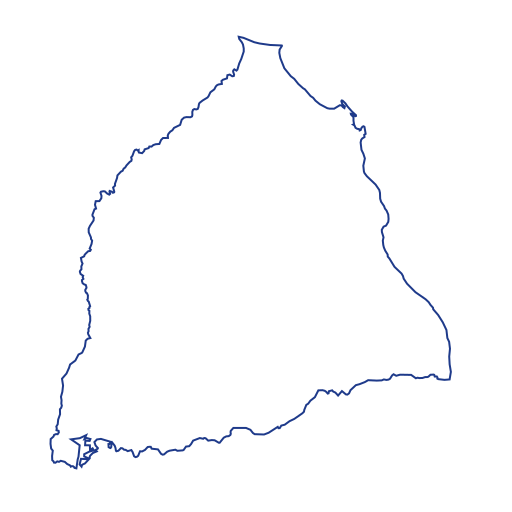 Ampanihy Ouest, Atsimo-Andrefana, Madagascar, rotated 182°
{"feature_id": "10022922B9355726550011", "entity_name": "Ampanihy Ouest", "entity_type": "district", "adm_level": 2, "iso_a3": "MDG", "parent_name": "Madagascar", "parent_adm1": "Atsimo-Andrefana", "projection": "natural_earth1", "projection_center": [44.601, -24.59], "detail": "fine", "context": "isolated", "style": "outline", "palette": "blue", "viewbox_px": 512, "rotation_deg": 182, "n_neighbors": 0, "source": "geoboundaries", "source_scale": "gbopen_adm2", "svg_char_len": 5970}
<svg xmlns="http://www.w3.org/2000/svg" viewBox="0 0 512 512"><g transform="rotate(182 256 256)"><path d="M148.1,131.5L142.8,133.8L139.6,135.8L130.9,135.7L126.0,136.1L123.9,137.1L121.3,136.7L119.2,137.1L117.8,138.0L115.8,141.4L114.4,142.6L111.7,141.2L107.9,142.4L96.8,142.6L92.0,139.4L90.3,140.0L88.6,139.7L85.4,139.9L82.7,140.9L80.6,141.0L79.5,141.4L77.5,143.4L74.3,143.7L73.7,143.4L73.2,141.8L71.1,141.9L70.4,140.9L70.5,139.8L69.5,139.3L63.3,138.8L58.2,139.4L57.2,147.0L58.7,154.5L59.4,162.3L58.9,170.1L60.0,177.0L61.9,180.7L63.1,188.7L67.0,196.2L71.9,203.4L77.0,208.9L77.3,210.5L79.9,213.2L81.8,215.9L85.0,218.7L95.4,225.4L104.1,233.6L107.6,238.5L108.4,241.1L109.9,243.5L117.2,250.0L122.7,258.3L124.3,260.0L124.5,262.1L127.0,265.8L128.5,269.0L129.2,271.5L129.8,275.8L129.2,279.1L131.0,284.3L131.2,286.6L129.5,289.8L127.1,290.9L125.0,294.7L124.8,297.7L125.3,302.1L127.1,305.9L128.8,307.9L129.8,310.4L132.9,314.6L133.9,317.6L134.3,323.4L135.1,326.3L139.0,331.6L148.0,339.6L150.5,342.7L151.1,344.2L151.9,350.0L150.6,357.3L152.3,362.0L154.3,365.8L155.4,373.1L154.9,375.8L154.0,377.1L151.7,378.7L152.1,380.9L150.7,381.9L152.1,388.8L153.0,389.4L154.0,389.0L155.1,387.6L155.8,385.5L156.8,385.1L157.1,386.2L157.6,386.5L159.2,386.6L161.0,387.6L162.1,389.9L163.5,390.7L162.6,391.1L163.3,394.6L163.4,398.1L166.0,400.7L166.2,401.5L165.2,401.4L161.5,399.2L161.0,399.4L161.0,400.2L165.0,403.6L169.9,408.8L171.9,411.6L174.9,414.3L175.8,414.4L176.1,413.7L175.0,410.8L172.4,408.5L172.8,406.9L174.3,407.8L175.7,409.4L177.5,409.6L183.0,406.0L187.5,405.8L189.9,406.2L197.5,409.9L202.0,413.3L204.4,416.1L207.1,417.8L213.0,424.3L214.8,425.3L219.7,429.4L224.0,434.4L227.5,436.9L234.2,444.6L238.6,454.6L239.8,459.8L239.6,463.1L237.4,466.9L237.6,467.3L249.4,467.4L259.8,468.5L265.2,469.6L276.1,473.6L280.9,474.5L280.3,472.3L277.6,469.1L276.4,466.9L275.5,463.0L275.4,459.9L277.6,452.4L279.5,447.8L281.1,441.6L282.0,440.6L284.2,441.8L285.2,440.6L285.3,439.4L284.2,436.5L284.5,435.1L286.0,434.8L288.6,436.4L290.9,435.7L291.2,432.5L295.2,431.0L296.6,429.7L296.1,426.8L299.5,426.1L301.1,425.2L302.1,424.0L303.5,421.1L307.3,418.0L309.0,414.1L310.0,412.7L314.7,409.6L317.7,407.1L318.3,405.9L318.7,402.7L319.4,400.9L320.8,400.4L322.8,400.7L324.1,399.8L324.7,397.8L324.5,394.7L324.8,393.3L326.3,392.4L330.3,392.4L332.7,391.8L335.0,389.6L336.4,384.4L342.4,381.2L344.0,378.7L346.0,377.3L347.7,375.2L348.4,373.4L348.1,370.9L353.0,370.7L354.9,368.7L356.5,364.6L360.1,364.2L362.5,363.3L364.2,361.7L366.4,361.7L367.1,360.1L371.0,358.7L371.4,357.1L373.4,354.8L376.6,355.3L377.0,356.2L377.0,357.8L377.8,357.3L379.1,358.2L380.5,357.8L381.5,356.4L383.0,351.8L384.2,350.3L383.6,348.2L383.9,346.7L385.5,345.6L388.6,342.0L389.8,339.9L391.3,338.7L392.3,336.5L393.9,335.6L397.3,331.7L397.6,329.1L399.5,323.1L399.3,321.4L401.2,319.5L399.9,315.4L400.0,314.7L401.2,314.2L402.2,315.2L404.5,315.9L404.7,315.0L403.9,313.1L404.8,312.2L406.9,313.2L409.3,315.3L410.9,315.4L413.2,314.8L413.7,313.9L412.5,310.7L412.6,308.3L414.4,305.4L418.1,305.2L418.7,301.6L417.5,297.8L419.0,297.1L420.9,291.6L420.8,290.4L419.4,288.6L419.6,285.8L423.0,280.3L424.2,277.4L424.0,273.8L421.6,268.8L421.5,267.3L420.3,265.6L420.8,262.2L422.5,257.6L421.3,256.5L421.9,255.3L423.9,254.9L426.6,252.1L427.5,250.8L427.7,249.7L430.9,248.0L430.1,244.4L429.1,242.4L430.2,239.5L430.0,236.6L431.2,235.2L431.5,234.1L430.7,231.9L428.0,230.2L428.5,228.9L427.7,227.1L429.1,225.9L429.1,224.9L428.3,222.7L426.5,221.5L425.2,221.2L424.6,219.8L424.3,218.3L425.4,216.3L425.4,215.1L424.6,213.4L423.6,212.9L422.6,210.7L422.6,207.2L423.1,206.5L422.5,205.3L421.6,204.6L420.0,200.0L420.7,199.2L420.6,198.3L421.7,197.4L421.5,196.1L420.6,195.4L420.6,192.6L419.6,190.0L419.4,185.4L420.3,181.2L419.8,179.4L420.9,177.3L420.7,175.0L421.3,173.4L420.9,171.9L418.7,168.2L421.4,167.4L423.2,165.5L423.8,159.5L426.2,153.7L426.8,153.0L429.9,151.4L432.9,145.2L438.0,141.1L438.9,137.8L441.3,131.9L445.6,126.6L444.3,119.8L444.8,113.5L446.0,108.5L445.3,105.1L445.4,101.7L444.8,99.6L445.4,97.5L446.6,96.0L446.3,91.0L448.0,85.6L448.3,80.9L449.6,78.6L449.1,76.9L449.3,74.9L447.2,74.4L446.9,72.8L448.0,71.0L449.7,71.0L451.5,70.2L452.1,68.5L454.8,65.9L454.8,61.1L454.0,56.4L452.3,54.4L452.8,49.0L452.5,44.8L451.1,43.6L450.7,42.5L449.2,42.4L447.5,43.8L445.7,43.4L444.0,44.5L439.9,43.6L437.4,41.5L434.6,40.3L433.7,39.0L433.0,39.5L431.5,39.5L430.3,38.6L430.0,37.9L428.1,37.5L427.1,46.5L426.4,49.2L425.6,60.7L434.4,66.3L425.7,67.8L419.5,71.0L421.0,67.2L418.9,68.2L415.1,67.3L415.8,65.4L420.1,65.5L420.2,60.9L415.4,61.0L415.1,56.2L412.6,58.1L411.3,56.1L415.7,54.7L420.8,51.9L420.7,49.7L416.7,48.1L416.4,47.5L416.9,47.0L423.8,47.2L425.0,41.5L423.0,39.4L422.5,41.3L419.7,42.7L415.1,48.0L415.2,49.6L414.8,50.6L412.2,53.4L408.3,55.2L409.6,56.5L407.4,58.0L407.3,58.5L409.7,61.0L411.0,64.4L408.6,67.1L404.6,67.8L395.0,65.3L395.9,63.0L396.9,62.9L396.6,59.8L395.3,59.1L394.7,59.0L394.0,60.1L393.9,62.7L393.2,64.6L390.6,61.5L389.7,59.2L389.2,56.5L388.7,56.0L386.7,56.6L384.3,59.3L382.7,59.1L381.1,57.8L379.5,57.7L377.4,56.5L373.8,57.7L372.5,55.8L370.8,51.6L369.4,50.8L368.0,51.2L366.8,52.2L365.1,56.8L363.0,56.7L360.2,58.3L357.6,61.3L355.8,61.6L354.5,61.6L353.6,59.8L347.2,59.3L344.0,55.0L342.4,54.2L341.0,54.5L338.0,57.3L335.6,58.4L329.8,59.6L327.8,58.6L322.4,59.2L321.5,59.7L319.3,63.1L316.1,63.6L314.3,65.8L312.4,69.3L305.8,72.1L302.4,71.5L301.4,72.3L300.0,72.1L297.3,69.8L293.8,70.5L290.9,70.4L286.7,68.1L285.8,68.1L281.9,73.3L279.4,74.7L277.0,75.0L275.4,76.2L275.0,77.4L275.3,79.2L275.1,80.4L272.6,83.4L259.9,83.8L255.5,82.1L252.9,79.0L251.1,77.9L241.7,77.9L237.2,79.8L228.3,86.0L227.5,84.7L226.3,84.8L224.8,87.4L221.4,88.4L216.7,92.1L212.1,94.5L204.2,100.4L202.6,102.1L202.4,103.8L200.5,109.0L198.7,110.2L196.6,113.3L192.2,117.0L189.0,123.9L184.8,124.2L182.6,123.7L181.1,122.7L179.5,121.0L178.7,121.3L178.4,123.4L175.2,124.4L174.1,123.2L171.9,122.3L169.1,119.4L165.4,124.0L161.3,120.8L159.8,120.7L158.2,122.0L156.9,125.2L151.7,130.4L148.1,131.5Z" fill="none" stroke="#1e3a8a" stroke-width="2"/></g></svg>